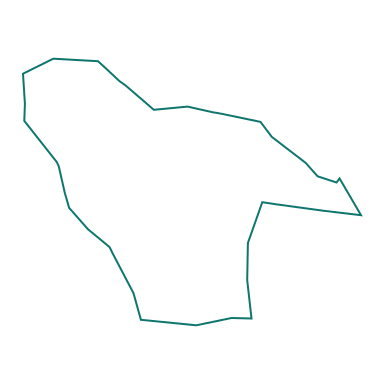 the district of Saintsagaan, Dundgovi, Mongolia
{"feature_id": "93677404B78970568694360", "entity_name": "Saintsagaan", "entity_type": "district", "adm_level": 2, "iso_a3": "MNG", "parent_name": "Mongolia", "parent_adm1": "Dundgovi", "projection": "natural_earth1", "projection_center": [106.311, 45.756], "detail": "fine", "context": "isolated", "style": "outline", "palette": "teal", "viewbox_px": 384, "rotation_deg": 0, "n_neighbors": 0, "source": "geoboundaries", "source_scale": "gbopen_adm2", "svg_char_len": 578}
<svg xmlns="http://www.w3.org/2000/svg" viewBox="0 0 384 384"><path d="M24.3,120.9L56.8,162.1L58.8,166.4L64.8,192.9L69.1,207.8L88.0,229.3L109.6,247.1L112.3,252.7L133.5,293.2L140.9,319.8L196.2,325.3L231.5,318.0L251.5,318.5L247.2,280.1L247.9,243.0L262.3,202.2L276.8,204.4L323.9,210.8L361.0,215.2L339.6,178.5L336.5,182.5L317.6,176.3L305.8,163.0L271.8,136.9L260.5,121.9L222.1,113.9L216.3,112.8L213.3,112.4L187.6,106.6L153.8,109.8L147.6,104.4L125.6,85.5L119.3,81.0L106.2,68.7L98.0,61.2L53.3,58.7L23.0,73.7L24.9,103.7L24.3,120.9Z" fill="none" stroke="#0f766e" stroke-width="2"/></svg>